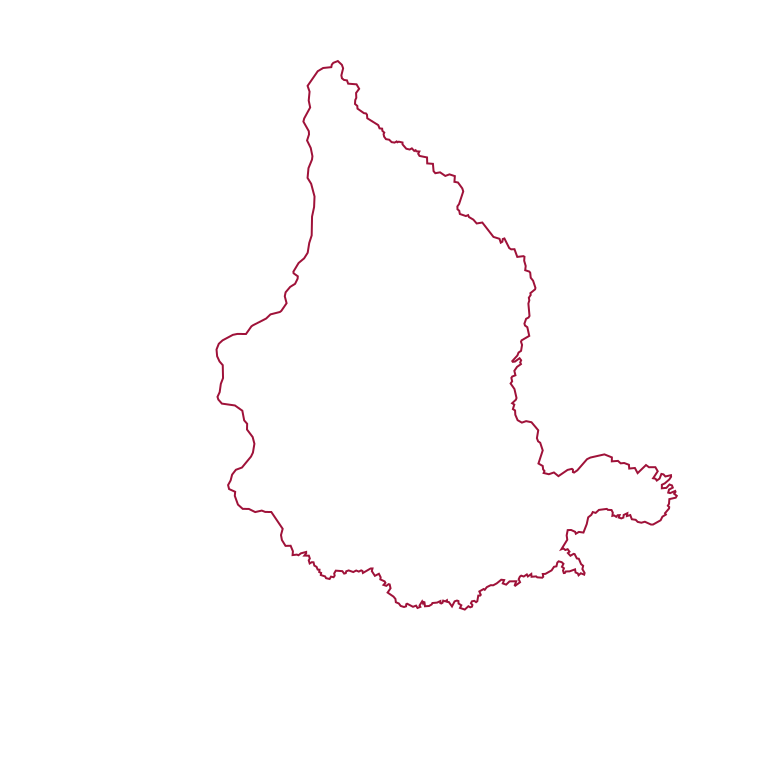 Anzoátegui, Tolima, Colombia (Equal Earth projection), rotated 50°
{"feature_id": "7082276B15169837386348", "entity_name": "Anzoátegui", "entity_type": "district", "adm_level": 2, "iso_a3": "COL", "parent_name": "Colombia", "parent_adm1": "Tolima", "projection": "equal_earth", "projection_center": [-75.176, 4.624], "detail": "fine", "context": "isolated", "style": "outline", "palette": "rose", "viewbox_px": 768, "rotation_deg": 50, "n_neighbors": 0, "source": "geoboundaries", "source_scale": "gbopen_adm2", "svg_char_len": 6165}
<svg xmlns="http://www.w3.org/2000/svg" viewBox="0 0 768 768"><g transform="rotate(50 384 384)"><path d="M102.8,227.5L101.8,233.7L106.5,250.9L112.2,253.1L118.5,259.5L124.7,262.8L129.3,274.5L131.2,277.1L142.0,279.1L144.6,281.0L148.0,286.4L156.1,288.4L163.5,292.4L165.8,294.9L170.1,303.1L177.0,310.1L183.8,311.1L195.7,316.7L203.5,323.8L209.5,331.5L223.7,343.9L227.9,350.6L234.4,358.1L236.4,364.4L236.4,371.6L239.7,381.2L241.1,382.1L246.1,380.8L247.8,382.5L250.1,387.7L249.3,393.4L250.5,400.4L253.0,403.6L259.5,406.7L262.0,415.7L261.9,417.5L257.7,426.2L258.1,432.2L254.8,446.6L254.6,448.5L257.0,457.6L251.4,464.1L249.2,468.2L246.8,479.6L247.0,484.7L249.9,490.1L255.5,494.0L261.0,495.5L265.9,495.4L276.0,503.5L279.0,508.9L284.6,515.1L286.8,519.8L289.4,520.9L294.8,520.8L304.6,512.0L313.4,509.7L322.0,514.5L326.5,514.4L330.8,518.2L340.2,518.7L346.5,521.7L352.3,528.5L354.1,532.5L356.7,546.5L354.5,552.6L355.8,558.6L359.3,563.5L361.2,568.4L364.9,570.2L370.9,567.3L373.8,570.2L382.5,573.4L388.8,572.5L392.9,567.8L399.3,565.0L402.4,559.0L405.7,557.2L409.6,552.6L429.8,554.7L433.5,560.0L437.9,562.5L444.7,563.5L447.9,559.5L453.6,561.3L456.3,564.0L458.7,560.4L460.2,559.6L460.3,556.5L462.6,551.6L463.7,552.5L464.3,555.3L467.2,551.9L470.0,553.0L470.7,555.0L473.7,556.3L474.1,553.8L475.3,552.6L478.3,554.1L480.7,553.2L483.5,554.1L484.8,552.8L486.4,554.5L488.3,553.6L489.7,555.2L493.6,552.8L495.5,553.2L498.4,551.0L497.5,548.4L499.6,546.8L499.1,545.0L497.1,543.9L496.0,540.9L500.6,536.2L503.6,536.4L504.3,534.9L503.2,533.3L504.1,530.9L508.3,528.4L509.0,525.2L511.5,523.9L512.1,521.3L513.3,520.7L515.2,521.6L516.7,512.9L517.9,511.4L519.5,513.6L525.1,514.3L526.1,509.9L529.9,510.8L531.3,512.4L535.6,510.4L537.2,510.7L537.6,513.5L540.1,512.0L540.3,509.1L541.2,508.5L544.7,510.3L546.1,515.3L552.9,513.4L556.0,513.4L558.8,515.2L561.7,513.7L564.7,513.9L567.7,512.0L568.5,510.0L567.0,508.5L567.2,507.5L573.3,505.0L574.4,501.9L577.1,502.3L578.1,499.4L576.5,499.1L575.0,494.5L577.1,495.1L576.5,493.7L577.2,493.3L580.6,495.5L583.0,492.2L583.5,489.2L582.9,487.7L585.6,483.8L586.5,480.4L588.1,481.7L589.0,481.1L589.2,479.8L588.0,477.9L589.9,476.8L590.1,474.8L591.5,475.7L592.7,474.5L598.1,474.9L595.9,469.6L596.8,467.3L598.1,466.5L600.1,468.0L603.2,467.0L604.4,469.7L608.7,467.1L608.5,462.2L610.5,461.5L611.1,459.7L610.1,458.3L607.8,458.3L607.0,456.3L608.2,454.2L610.3,453.7L610.4,452.2L606.7,447.8L607.9,446.3L607.7,445.4L604.2,444.3L605.1,439.5L606.4,439.1L605.7,435.8L606.7,431.6L608.4,429.7L609.2,425.8L609.3,420.0L611.4,418.0L613.1,421.2L616.2,419.4L615.9,414.7L620.1,409.5L622.2,413.2L622.9,413.1L623.3,407.2L620.1,406.3L618.9,403.7L619.0,402.1L621.3,400.7L621.7,397.0L623.9,397.5L624.2,393.3L626.5,394.9L629.2,391.1L630.6,390.9L634.1,387.3L634.0,385.9L631.6,384.5L633.2,382.4L634.5,375.4L633.3,371.3L634.5,369.1L632.2,366.0L632.1,364.2L634.7,362.4L637.1,362.1L638.4,365.2L640.8,364.6L642.0,366.8L644.4,367.8L645.0,367.0L644.5,365.2L646.8,362.3L648.8,356.8L651.5,358.4L653.7,357.3L655.6,357.9L655.5,354.9L658.7,353.2L657.7,351.8L653.3,351.0L651.3,348.3L648.6,348.8L643.1,347.1L641.6,348.4L636.8,347.3L636.0,347.9L635.4,351.6L631.7,351.8L631.7,349.7L628.6,349.5L627.7,351.8L625.3,352.3L624.6,354.3L621.1,343.7L617.4,341.4L614.0,337.2L616.1,334.5L620.1,332.6L622.0,333.3L622.6,329.8L626.0,326.7L621.6,318.7L617.4,313.3L617.5,309.3L616.3,306.4L618.8,304.7L618.6,300.3L622.9,293.6L624.3,293.4L626.8,290.7L629.6,291.4L631.8,293.8L632.6,292.2L635.0,291.5L634.7,289.4L635.9,287.8L637.2,290.0L639.5,288.6L640.2,286.5L638.4,284.6L639.4,280.7L641.3,282.8L642.7,279.6L646.9,281.1L649.8,278.5L652.7,278.3L655.7,276.0L657.2,272.7L663.3,269.8L664.6,268.2L666.2,259.7L664.6,256.0L665.2,252.0L663.6,251.8L662.6,245.7L661.6,244.6L659.7,244.8L659.0,242.7L655.6,239.4L658.6,233.6L657.9,231.6L654.6,232.3L654.0,230.0L653.1,229.7L651.5,235.0L649.9,236.1L648.1,233.5L649.0,229.4L646.8,228.6L644.5,229.9L645.1,234.4L642.5,238.2L639.8,235.9L640.6,232.8L640.5,226.8L639.6,223.7L638.3,222.8L635.7,227.9L632.9,228.0L631.2,229.3L633.6,233.7L633.3,237.1L631.1,236.9L629.2,238.4L626.8,230.4L622.2,229.6L618.1,234.5L614.5,235.4L615.3,247.0L609.6,245.8L606.4,250.5L603.3,248.3L598.9,250.8L596.9,253.7L593.3,254.2L589.7,259.2L586.7,256.6L579.6,260.4L573.0,273.2L572.1,276.8L574.4,291.4L574.0,295.3L572.9,295.9L571.0,294.3L569.8,294.6L567.8,298.6L566.7,309.6L561.0,310.7L559.1,315.7L554.8,318.9L553.8,317.0L551.7,317.0L548.8,315.1L544.2,316.8L536.9,305.1L529.4,302.1L527.0,302.8L523.8,301.7L518.6,295.6L508.1,295.6L503.8,299.0L502.2,303.2L497.6,304.9L492.0,303.2L488.5,300.6L486.1,301.4L483.5,297.4L481.1,298.2L480.8,293.0L479.9,291.5L471.7,287.3L465.0,286.7L464.3,284.1L461.2,282.5L460.7,281.0L461.8,277.7L457.7,275.7L456.4,271.1L456.8,266.3L455.0,265.8L454.0,263.7L451.4,263.6L451.0,269.3L449.8,271.1L448.9,271.0L447.9,263.5L446.4,260.7L446.7,257.7L442.8,253.1L439.7,251.9L439.0,250.5L440.5,241.8L432.6,237.7L429.8,238.4L428.0,237.6L425.4,233.2L426.0,230.6L425.4,228.8L415.2,221.7L413.3,218.9L411.0,217.6L410.1,214.4L408.5,213.5L408.6,207.4L407.7,206.2L400.7,203.4L396.9,203.3L392.8,200.5L391.3,200.4L387.6,202.7L384.7,199.6L379.7,197.4L376.8,194.6L375.7,195.0L372.3,200.2L364.6,197.4L362.6,200.0L360.4,200.7L349.9,198.2L349.3,199.8L351.1,201.9L350.8,203.7L347.0,202.2L341.7,205.6L323.5,204.9L320.6,209.8L315.5,209.9L310.7,211.6L308.7,211.0L308.0,213.3L302.5,216.6L299.6,215.0L297.4,215.4L295.1,213.6L294.4,210.8L287.4,199.5L284.5,198.3L277.2,197.8L274.4,200.1L270.3,196.1L265.5,199.1L264.0,203.3L257.9,205.0L255.5,209.2L252.8,209.2L246.8,205.0L242.8,209.1L238.1,205.4L232.1,210.2L229.6,209.8L228.6,207.5L226.5,209.7L225.2,209.5L224.9,211.0L221.4,211.2L220.9,213.6L218.1,215.7L212.4,215.8L210.9,214.6L207.9,216.9L207.4,218.4L206.3,218.4L205.9,220.7L203.6,222.7L200.2,223.0L197.7,225.1L194.6,224.9L192.3,223.7L191.6,222.2L189.0,222.5L187.2,221.3L185.3,223.1L182.0,222.0L169.7,226.0L166.7,223.9L165.1,223.9L163.6,225.3L156.0,227.3L153.8,225.7L150.8,226.2L148.0,223.5L147.0,221.3L143.1,218.3L141.9,213.3L136.8,212.4L130.9,218.4L127.6,217.2L125.4,219.2L122.8,219.7L120.2,218.3L115.9,212.4L112.4,211.1L106.9,211.8L105.4,216.4L105.8,218.7L107.4,220.7L102.8,227.5Z" fill="none" stroke="#9f1239" stroke-width="2"/></g></svg>